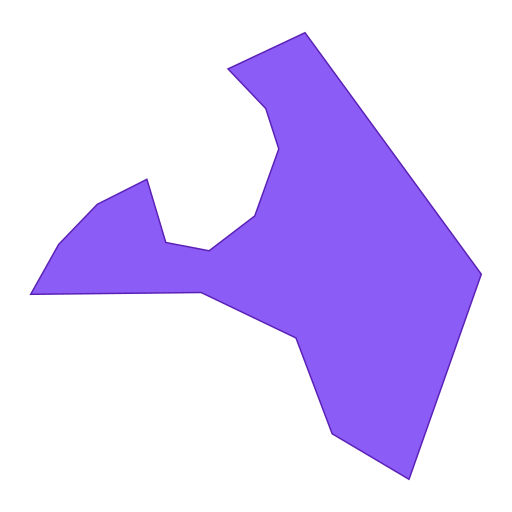 SVG path tracing the border of Ngatpang
{"feature_id": "PLW-5254", "entity_name": "Ngatpang", "entity_type": "state/province", "adm_level": 1, "iso_a3": "PLW", "parent_name": "Palau", "parent_adm1": "", "projection": "orthographic", "projection_center": [134.527, 7.478], "detail": "fine", "context": "isolated", "style": "filled", "palette": "violet", "viewbox_px": 512, "rotation_deg": 0, "n_neighbors": 0, "source": "natural_earth", "source_scale": "10m", "svg_char_len": 330}
<svg xmlns="http://www.w3.org/2000/svg" viewBox="0 0 512 512"><path d="M30.7,294.3L58.7,244.4L97.3,204.3L146.9,179.3L165.8,242.5L209.1,250.8L254.8,215.9L278.8,148.9L265.8,108.6L228.0,68.9L305.0,32.7L481.3,274.2L409.0,479.3L332.2,433.8L296.0,338.0L201.1,292.5L30.7,294.3Z" fill="#8b5cf6" stroke="#5b21b6" stroke-width="1.5"/></svg>